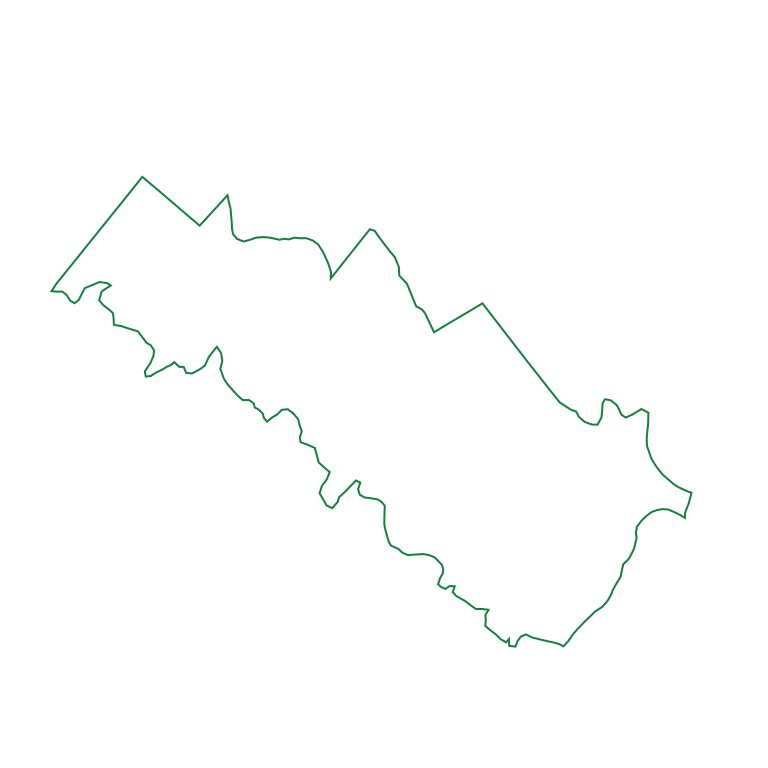 Rosário, Maranhão, Brazil (orthographic projection), rotated 129°
{"feature_id": "56859067B87661364521174", "entity_name": "Rosário", "entity_type": "district", "adm_level": 2, "iso_a3": "BRA", "parent_name": "Brazil", "parent_adm1": "Maranhão", "projection": "orthographic", "projection_center": [-44.19, -2.972], "detail": "fine", "context": "isolated", "style": "outline", "palette": "green", "viewbox_px": 768, "rotation_deg": 129, "n_neighbors": 0, "source": "geoboundaries", "source_scale": "gbopen_adm2", "svg_char_len": 3374}
<svg xmlns="http://www.w3.org/2000/svg" viewBox="0 0 768 768"><g transform="rotate(129 384 384)"><path d="M475.0,79.5L468.2,79.0L458.8,79.7L451.8,79.3L443.4,78.6L434.4,77.5L427.7,76.7L419.8,74.1L411.7,73.8L404.7,75.0L400.2,76.5L394.1,77.6L384.9,78.8L379.3,81.8L373.5,84.6L365.7,83.7L359.6,84.9L354.4,86.1L349.1,88.7L344.8,90.7L341.4,94.3L336.0,97.6L331.5,97.8L327.1,97.8L321.0,97.0L315.2,95.5L310.7,92.8L306.2,89.1L302.7,84.2L300.8,77.6L299.4,71.5L298.7,65.8L295.0,68.7L290.7,70.3L286.0,71.7L282.0,73.4L275.0,76.6L276.9,82.1L279.0,90.7L279.5,96.7L279.0,110.7L277.2,119.0L275.5,124.5L273.2,130.2L269.4,136.2L266.6,140.7L261.2,145.4L254.9,149.7L248.1,154.1L239.9,160.5L241.5,168.2L251.3,171.7L257.9,175.0L258.5,180.1L255.4,186.1L253.9,190.2L254.0,197.5L256.7,202.6L261.5,202.0L265.7,198.9L273.0,194.0L281.1,192.4L284.5,196.6L287.2,204.1L286.8,212.0L284.5,217.4L286.3,222.2L287.0,228.7L287.7,236.2L276.2,287.2L273.4,298.9L268.7,318.8L266.3,328.9L262.1,346.7L259.3,358.2L267.1,361.1L272.9,363.2L293.6,370.9L312.3,377.7L303.1,396.9L302.2,401.5L303.4,407.8L291.7,429.1L290.1,440.3L283.8,446.0L278.6,455.4L277.8,459.9L276.5,465.9L274.6,473.7L273.4,478.2L272.3,482.8L270.8,487.5L272.7,492.4L294.0,492.2L335.5,491.8L330.3,495.7L325.4,503.2L321.7,510.5L319.3,515.7L317.0,523.0L317.3,529.7L319.8,536.6L323.1,540.3L326.6,545.6L331.5,549.0L333.9,552.8L337.8,556.2L340.4,561.6L343.2,566.6L346.6,571.2L351.4,576.0L355.6,578.4L361.6,582.8L363.7,589.5L362.5,595.7L358.9,599.9L354.0,604.3L344.2,613.7L340.5,618.7L335.8,624.4L377.0,626.9L375.5,682.0L375.4,690.3L375.1,702.2L407.7,702.0L512.0,701.7L521.1,700.8L518.2,696.4L514.6,692.1L514.6,686.2L516.8,680.4L515.9,675.2L510.4,674.1L504.9,675.5L497.7,676.8L490.6,672.9L483.8,669.3L479.8,662.6L479.4,658.3L484.3,660.0L489.9,661.6L498.1,658.1L499.3,652.0L499.2,644.7L499.5,639.3L503.5,635.1L508.0,631.1L504.2,624.4L501.6,617.3L497.9,608.4L499.5,602.0L501.4,594.5L500.7,589.6L502.6,583.9L507.3,580.8L514.7,578.7L524.8,577.8L528.1,573.8L524.6,570.3L518.8,568.4L511.2,564.9L507.1,563.6L503.2,561.5L499.0,560.7L499.5,553.7L496.8,550.4L499.8,544.7L496.7,539.9L492.7,538.1L486.9,535.9L482.2,534.8L473.9,537.0L468.6,537.3L460.3,537.3L462.5,530.0L468.2,523.9L474.9,521.0L478.2,515.9L481.0,511.0L482.7,505.3L485.0,491.7L485.4,483.7L481.4,478.8L481.0,473.2L483.6,469.7L482.7,465.3L483.3,459.6L485.9,456.1L486.9,451.2L479.9,449.7L475.1,447.9L468.4,447.2L464.2,443.0L463.9,436.1L465.4,428.6L469.7,422.8L472.6,418.0L478.2,416.0L481.7,412.2L479.4,405.4L477.2,397.6L481.7,391.3L486.0,385.5L486.5,377.9L486.6,370.8L494.1,368.4L502.3,368.1L509.4,365.3L512.4,357.5L514.5,352.4L513.1,346.1L504.7,345.8L500.1,347.7L492.9,346.5L476.6,345.1L475.6,340.4L482.2,337.8L485.3,333.1L484.4,327.7L480.8,321.9L477.8,316.5L477.1,312.0L478.2,306.7L482.3,303.7L487.6,299.6L493.0,295.3L496.5,291.1L500.7,285.3L503.7,280.8L505.2,276.8L503.1,268.9L503.5,263.4L501.9,257.8L497.1,252.6L491.6,246.6L488.7,241.6L486.8,235.5L488.1,225.0L490.7,221.4L494.4,219.1L499.8,218.2L505.6,215.9L505.8,211.6L504.5,207.2L499.8,205.9L496.7,201.7L502.5,199.6L503.3,194.5L501.6,184.4L501.4,175.9L500.9,170.8L497.0,166.0L493.7,160.7L499.8,159.7L503.4,156.3L508.2,153.2L508.5,147.0L508.2,139.8L508.9,132.5L507.9,126.6L503.5,126.4L508.7,122.0L505.4,116.6L499.8,118.4L494.1,118.7L489.3,116.1L487.7,109.3L482.6,98.3L478.3,89.8L475.9,84.4L475.0,79.5Z" fill="none" stroke="#15803d" stroke-width="2"/></g></svg>